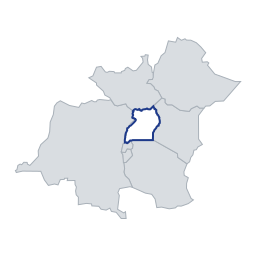 map of Uganda with United Republic of Tanzania, Democratic Republic of the Congo, Kenya and 4 others greyed out
{"feature_id": "UGA", "entity_name": "Uganda", "entity_type": "country or territory", "adm_level": 0, "iso_a3": "UGA", "parent_name": "Africa", "parent_adm1": "", "projection": "orthographic", "projection_center": [32.128, 1.375], "detail": "medium", "context": "with_neighbors", "style": "outline", "palette": "blue", "viewbox_px": 256, "rotation_deg": 0, "n_neighbors": 7, "source": "natural_earth", "source_scale": "50m", "svg_char_len": 5383}
<svg xmlns="http://www.w3.org/2000/svg" viewBox="0 0 256 256"><path d="M152.9,139.8L177.4,153.6L177.8,157.4L187.0,163.8L183.9,171.8L184.2,175.4L188.3,177.7L186.6,183.3L186.5,188.3L191.1,198.5L193.4,199.9L188.3,203.6L181.3,206.1L177.5,206.0L175.3,207.9L169.2,208.8L161.6,207.1L156.8,207.6L155.1,199.0L151.7,194.3L145.4,193.1L132.5,187.4L129.0,179.3L125.2,175.7L123.9,172.0L124.6,168.7L123.4,162.7L126.0,162.4L132.5,155.4L130.6,149.3L132.5,148.4L132.9,144.6L130.3,141.0L132.6,140.2L152.9,139.8Z" fill="#d9dde1" stroke="#a8b0b8" stroke-width="1"/><path d="M122.9,154.9L124.6,168.7L123.9,172.0L125.2,175.7L129.0,179.3L132.5,187.4L130.0,186.7L119.6,188.6L117.9,192.6L119.3,195.4L117.6,209.3L123.7,212.9L125.5,211.7L126.1,218.5L121.2,218.5L116.2,212.3L111.4,211.4L109.9,208.1L106.1,210.1L101.0,209.2L98.8,206.3L91.9,205.9L91.5,203.9L86.4,203.4L78.3,204.7L78.4,197.2L76.2,194.8L75.6,190.9L76.4,187.0L75.1,184.6L74.9,180.5L67.2,180.6L67.7,178.2L64.5,178.3L64.2,179.4L60.3,179.6L58.0,184.9L54.5,184.0L48.4,185.4L44.4,179.9L40.8,171.3L22.6,171.1L16.3,172.5L15.4,170.5L16.9,169.8L17.9,165.4L20.1,164.1L21.7,164.7L23.8,162.3L27.1,162.4L27.5,164.2L29.9,165.4L38.5,156.2L38.2,150.8L40.8,144.6L47.8,138.2L48.5,136.1L49.7,131.5L50.2,122.1L53.3,114.6L54.4,106.2L56.9,102.9L60.3,100.8L69.5,105.5L78.8,107.4L81.7,103.0L84.6,103.7L91.7,100.5L94.2,101.8L96.3,101.7L97.3,100.1L99.7,99.5L108.6,100.4L110.7,99.7L114.6,105.1L117.5,105.9L125.8,103.8L127.3,106.6L133.0,110.9L132.6,118.5L135.2,119.4L130.6,123.4L126.8,129.8L126.4,135.0L124.9,137.4L124.9,142.3L123.0,144.1L121.3,152.0L122.9,154.9Z" fill="#d9dde1" stroke="#a8b0b8" stroke-width="1"/><path d="M187.0,163.8L177.8,157.4L177.4,153.6L152.9,139.8L152.8,132.9L160.2,121.3L156.6,110.6L153.5,106.1L161.8,98.0L165.2,99.1L165.2,102.7L167.4,104.8L171.9,104.8L180.1,110.3L189.3,111.4L191.2,108.7L197.0,106.0L199.6,108.1L204.0,108.1L198.5,115.5L198.6,139.1L202.4,144.4L197.9,147.0L196.3,149.7L193.9,150.2L192.9,154.8L190.8,157.4L189.6,161.7L187.0,163.8Z" fill="#d9dde1" stroke="#a8b0b8" stroke-width="1"/><path d="M130.6,149.3L132.5,155.4L126.0,162.4L123.4,162.7L122.9,154.9L121.3,152.0L125.2,152.5L127.2,148.8L130.6,149.3Z" fill="#d9dde1" stroke="#a8b0b8" stroke-width="1"/><path d="M240.6,81.5L223.6,101.0L215.3,101.4L209.8,105.9L205.7,106.1L204.0,108.1L199.6,108.1L197.0,106.0L191.2,108.7L189.3,111.4L180.1,110.3L171.9,104.8L167.4,104.8L165.2,102.7L165.2,99.1L161.8,98.0L158.0,90.9L155.0,89.5L153.9,86.9L150.6,83.7L146.7,83.3L148.9,79.6L152.3,79.5L154.9,65.0L157.9,63.2L161.2,55.7L165.0,52.6L168.4,40.9L175.7,42.2L177.5,37.5L181.4,40.3L185.0,38.8L186.5,40.1L190.8,40.2L196.3,42.7L200.8,46.9L205.7,52.7L201.6,58.5L202.3,62.2L207.3,61.8L208.8,63.0L207.5,65.2L214.8,74.1L235.4,81.6L240.6,81.5Z" fill="#d9dde1" stroke="#a8b0b8" stroke-width="1"/><path d="M130.3,141.0L132.9,144.6L132.5,148.4L130.6,149.3L127.2,148.8L125.2,152.5L121.3,152.0L123.0,144.1L124.9,142.3L126.4,143.0L130.3,141.0Z" fill="#d9dde1" stroke="#a8b0b8" stroke-width="1"/><path d="M133.0,110.9L127.3,106.6L125.8,103.8L117.5,105.9L114.6,105.1L109.7,97.7L104.9,95.1L103.4,91.2L96.5,85.0L96.5,83.0L88.8,77.8L92.9,75.9L96.5,67.2L101.1,66.4L105.3,71.9L107.1,72.4L109.4,71.3L114.0,71.6L114.8,72.9L121.2,72.9L121.4,71.6L124.7,70.4L125.4,68.5L127.8,67.2L133.1,70.9L136.4,70.3L143.1,62.1L142.6,58.3L141.0,56.4L144.8,56.1L145.3,54.7L148.2,55.1L147.5,59.8L148.2,64.4L151.5,67.0L152.2,72.4L153.1,72.5L153.2,77.5L152.3,79.5L148.9,79.6L146.7,83.3L150.6,83.7L153.9,86.9L155.0,89.5L158.0,90.9L161.8,98.0L149.5,109.1L145.0,109.1L139.8,110.6L135.7,109.1L133.0,110.9Z" fill="#d9dde1" stroke="#a8b0b8" stroke-width="1"/><path d="M152.9,140.1L133.1,140.1L132.8,140.1L132.4,140.2L132.0,140.4L131.5,140.6L131.0,140.5L130.9,140.6L130.3,140.5L129.9,140.6L129.7,140.8L129.4,141.3L128.3,142.5L127.5,143.0L127.1,143.2L126.9,143.1L126.6,142.4L125.1,142.6L124.9,142.6L124.9,142.4L124.8,140.9L124.8,140.0L124.9,139.4L125.0,138.7L125.1,138.1L125.3,137.1L125.2,136.5L125.5,134.4L125.6,134.0L125.8,133.0L126.0,132.7L126.4,131.9L126.9,130.9L127.2,130.4L127.1,129.3L127.2,128.5L127.2,128.3L127.9,128.0L128.8,127.3L129.1,126.5L129.7,126.0L130.7,125.6L133.7,122.7L135.1,121.2L135.7,120.4L135.7,120.1L135.8,119.7L135.6,119.4L135.3,119.2L135.2,118.9L134.6,118.8L134.4,118.6L134.1,118.3L133.8,118.1L133.0,118.1L132.3,117.7L132.3,117.2L132.6,116.3L133.1,115.2L133.1,114.9L133.0,114.6L132.9,114.4L132.7,114.2L132.5,113.9L132.7,113.1L133.0,112.4L133.5,111.6L133.4,111.2L133.0,111.0L133.2,110.7L133.6,110.1L134.4,109.5L135.1,109.1L135.5,109.1L136.4,109.4L137.2,109.8L137.6,109.8L138.2,109.7L139.2,109.0L139.5,109.2L139.8,109.6L140.2,110.3L140.9,110.6L141.2,110.8L141.4,110.8L141.6,110.8L141.8,110.3L142.1,110.0L142.7,109.6L144.0,109.3L145.3,109.2L146.0,109.0L147.0,108.5L148.0,109.2L149.1,109.3L150.2,109.3L150.5,109.1L150.7,108.9L153.3,106.3L154.3,108.4L154.7,108.6L154.5,108.9L155.2,109.4L156.0,109.7L156.3,110.0L156.3,110.3L156.1,111.5L156.4,113.1L156.9,113.4L157.3,114.7L158.2,115.2L158.3,115.4L158.5,116.0L158.8,116.7L159.0,116.8L159.4,117.6L159.2,118.0L159.4,119.2L159.7,120.3L159.8,121.6L159.8,122.5L159.8,123.0L159.6,123.3L159.3,123.5L158.6,124.7L158.7,125.4L158.7,125.6L158.2,125.8L157.7,126.0L157.4,126.1L157.0,126.5L156.6,126.9L156.2,128.0L155.4,128.9L155.3,129.2L154.6,129.7L154.2,130.4L154.0,131.2L153.7,131.7L153.1,132.5L153.0,133.7L153.0,136.2L152.9,139.0L152.9,140.1Z" fill="none" stroke="#1e3a8a" stroke-width="2"/></svg>